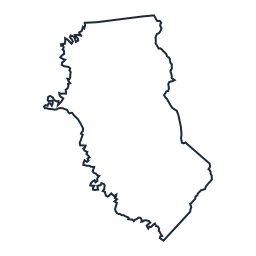 outline of Ibaiti, Paraná, Brazil
{"feature_id": "56859067B34229173137225", "entity_name": "Ibaiti", "entity_type": "district", "adm_level": 2, "iso_a3": "BRA", "parent_name": "Brazil", "parent_adm1": "Paraná", "projection": "robinson", "projection_center": [-50.321, -23.79], "detail": "fine", "context": "isolated", "style": "outline", "palette": "slate", "viewbox_px": 256, "rotation_deg": 0, "n_neighbors": 0, "source": "geoboundaries", "source_scale": "gbopen_adm2", "svg_char_len": 3786}
<svg xmlns="http://www.w3.org/2000/svg" viewBox="0 0 256 256"><path d="M190.5,209.3L191.3,207.1L190.1,203.9L191.7,202.7L193.1,201.1L194.4,199.7L195.3,198.6L195.5,196.7L197.4,195.1L197.8,193.5L199.9,191.5L201.1,190.2L203.1,189.8L205.0,189.0L206.0,186.3L207.8,184.1L209.5,182.2L212.0,179.4L211.7,177.5L211.7,175.5L210.6,173.9L210.6,171.8L209.7,170.2L208.5,169.2L209.8,167.3L210.0,165.4L209.6,163.6L202.7,157.6L185.4,142.5L183.7,143.3L182.0,142.8L181.0,138.0L181.5,135.2L181.3,131.8L181.1,129.4L181.0,127.5L180.6,125.7L178.7,116.5L178.3,114.9L176.7,110.7L175.3,109.9L173.9,109.0L172.7,108.2L171.8,107.2L170.8,105.8L168.9,102.3L166.9,98.9L165.5,97.4L164.0,95.2L165.6,92.9L166.2,91.5L168.2,90.9L168.9,88.5L168.3,84.1L169.1,82.2L170.3,81.6L172.6,81.2L174.6,80.1L172.8,79.0L171.7,78.1L171.8,76.2L171.2,73.6L170.4,71.1L171.1,69.8L171.9,68.6L171.7,66.6L171.8,64.3L170.5,63.0L169.9,60.4L169.8,58.7L168.7,57.4L167.1,56.4L166.2,53.9L165.0,52.7L163.3,51.2L161.6,49.2L160.2,48.3L158.7,48.6L156.8,45.2L155.7,43.6L155.7,41.6L155.8,39.3L155.5,37.4L156.8,34.1L159.0,33.1L160.2,31.5L161.5,28.2L160.2,25.8L160.4,23.9L161.2,22.7L159.7,20.8L157.2,21.0L156.0,19.2L155.2,17.4L154.0,15.4L142.9,16.4L126.9,18.4L97.0,22.2L84.7,22.8L85.1,25.5L84.2,28.4L82.9,26.9L81.8,30.9L79.2,32.4L79.8,34.3L81.8,36.0L78.0,34.8L75.1,35.0L76.3,36.9L78.0,38.8L78.2,40.5L75.9,41.9L74.7,38.1L73.8,36.6L70.7,35.5L69.9,37.1L70.8,38.2L72.1,39.9L72.8,41.5L71.6,43.7L69.5,41.7L67.6,39.7L66.4,38.9L65.1,38.2L65.3,40.4L64.9,43.8L63.4,43.8L61.0,44.2L61.3,45.8L62.9,45.3L63.7,47.5L62.6,49.5L63.9,50.4L64.1,54.0L62.7,54.8L60.3,57.2L61.7,58.3L63.8,59.4L65.1,59.7L63.9,61.2L62.1,62.6L61.7,64.8L63.7,66.1L65.8,66.5L68.5,66.9L70.2,68.4L69.5,70.3L70.7,72.1L70.2,75.0L70.3,77.2L69.4,79.2L67.5,78.9L68.6,81.2L70.2,83.3L68.0,84.0L68.4,86.2L67.7,88.2L65.6,89.9L66.0,91.6L65.9,93.7L63.6,93.5L61.9,93.7L60.5,93.7L59.3,93.1L59.6,95.4L60.6,96.6L63.3,98.4L62.1,100.4L61.0,102.1L58.0,105.0L58.4,103.3L58.5,101.0L56.4,101.4L54.1,100.0L52.7,97.4L50.2,96.0L48.3,96.8L47.9,98.6L47.7,100.2L48.7,101.2L50.3,100.8L52.5,100.8L52.8,103.0L51.8,105.7L50.3,103.3L48.6,103.3L47.6,105.7L45.6,105.1L44.0,106.5L44.8,108.1L46.8,108.2L48.8,108.9L51.3,109.1L55.0,109.6L56.4,109.5L58.3,108.4L60.4,108.0L62.9,108.3L65.2,109.2L67.1,110.0L68.1,111.8L69.4,113.3L70.7,112.8L72.2,112.9L73.9,115.3L76.3,117.5L78.0,119.3L79.3,121.5L80.9,124.1L83.1,128.5L82.9,131.0L81.6,132.3L81.0,133.7L82.7,134.7L81.4,138.2L80.7,140.5L79.7,142.6L80.2,145.4L82.6,145.4L85.6,145.6L85.0,147.5L83.2,148.6L84.6,150.7L87.3,151.9L86.4,154.0L88.2,155.6L89.5,157.3L87.6,158.5L88.5,160.5L87.0,161.9L84.6,160.2L83.8,162.4L83.3,164.9L85.2,165.3L87.1,165.8L89.6,165.8L90.9,166.7L92.4,166.9L94.2,167.0L93.7,168.5L92.7,171.4L94.0,173.0L95.8,173.6L97.1,175.1L99.2,175.9L97.9,177.1L97.2,178.7L97.4,180.9L95.5,182.3L94.7,180.2L92.8,181.3L90.7,183.5L90.3,185.5L92.1,185.7L94.2,185.8L93.0,187.8L92.9,189.6L94.9,190.0L98.1,189.6L97.3,185.9L99.1,185.4L100.7,185.2L101.3,183.2L103.6,183.8L104.7,185.4L104.4,187.1L104.3,188.9L102.8,191.1L104.8,191.8L105.5,194.4L106.1,195.9L107.8,196.6L109.4,195.3L111.3,193.4L112.6,194.8L114.3,196.1L116.3,194.7L115.9,196.6L114.9,198.0L117.0,199.3L114.5,201.4L116.9,202.9L115.9,206.2L115.1,208.9L115.5,211.0L117.0,213.1L118.6,214.0L120.1,214.1L121.9,215.2L123.6,215.2L125.3,216.3L127.2,216.9L128.5,217.6L128.2,219.2L130.1,219.4L132.5,219.6L133.8,221.1L135.0,219.8L137.1,218.8L138.5,217.6L140.5,217.8L141.8,219.8L141.3,221.8L143.0,221.4L144.4,220.3L146.3,220.4L148.7,220.9L150.3,222.6L148.3,224.1L146.7,225.7L148.3,228.5L149.4,226.6L150.9,227.1L152.0,226.0L153.5,224.4L154.9,223.5L156.0,226.0L158.0,226.6L159.2,228.9L158.7,230.9L159.8,232.0L160.8,234.2L162.1,236.1L160.2,236.5L159.8,238.0L161.1,239.0L163.5,240.6L190.2,211.7L190.5,209.3Z" fill="none" stroke="#1e293b" stroke-width="2"/></svg>